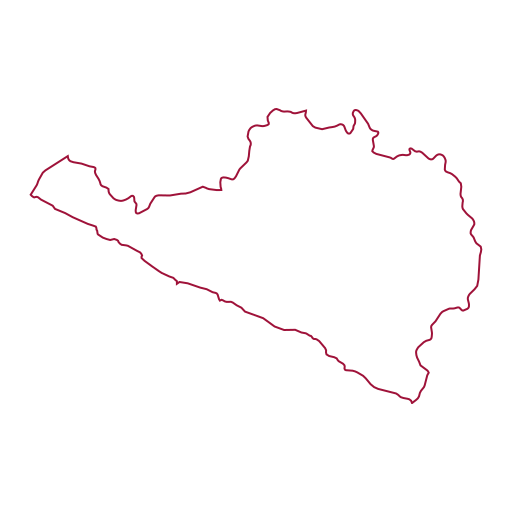 an SVG outline of Arequipa
{"feature_id": "PER-570", "entity_name": "Arequipa", "entity_type": "Department", "adm_level": 1, "iso_a3": "PER", "parent_name": "Peru", "parent_adm1": "", "projection": "mercator", "projection_center": [-72.544, -15.989], "detail": "fine", "context": "isolated", "style": "outline", "palette": "rose", "viewbox_px": 512, "rotation_deg": 0, "n_neighbors": 0, "source": "natural_earth", "source_scale": "10m", "svg_char_len": 5973}
<svg xmlns="http://www.w3.org/2000/svg" viewBox="0 0 512 512"><path d="M412.0,403.0L411.1,400.7L409.3,399.3L407.6,398.8L403.4,398.0L400.9,397.2L399.9,396.5L398.1,394.8L396.3,393.6L395.8,393.4L378.1,388.9L374.1,387.1L370.6,384.2L365.7,378.3L363.1,375.8L357.3,372.4L355.1,371.4L352.6,370.7L346.0,370.2L345.1,369.8L344.5,368.7L344.7,366.3L344.4,365.2L343.0,363.7L338.7,361.2L337.8,360.2L336.7,358.4L334.2,357.2L329.1,356.0L326.5,354.4L326.0,352.4L326.1,350.3L325.1,348.1L319.2,341.1L316.7,339.4L315.5,339.0L314.5,339.0L313.7,338.9L312.7,338.2L311.6,336.6L310.9,335.9L309.8,335.7L309.1,335.3L306.8,333.8L305.8,333.3L301.4,332.5L295.2,329.8L284.1,330.0L274.6,326.5L263.2,318.2L245.0,311.6L241.4,307.7L236.7,305.3L232.7,302.5L230.9,301.8L226.7,301.9L224.8,301.4L223.1,300.4L221.6,299.8L219.9,300.6L219.0,299.1L217.6,294.5L216.7,293.4L215.6,292.9L212.6,292.2L206.7,289.2L200.2,287.6L187.7,283.3L179.5,282.0L176.9,283.8L176.9,281.2L175.0,279.6L174.0,278.5L173.2,277.8L169.4,276.5L161.8,273.0L158.7,271.0L152.0,266.3L144.6,260.9L141.6,258.1L141.5,256.9L142.1,255.5L141.3,253.8L140.1,252.4L136.9,250.8L127.9,245.8L126.2,245.4L121.6,244.8L119.9,243.6L118.5,242.0L118.1,240.8L116.8,239.9L114.2,239.0L110.2,240.0L106.5,239.0L102.8,237.6L98.1,234.5L97.6,233.8L97.3,231.7L97.1,230.5L96.5,229.7L96.4,228.1L95.8,226.6L93.1,225.6L87.8,223.9L72.7,217.2L65.2,213.1L55.0,208.9L52.7,205.7L41.0,199.6L38.1,197.3L36.7,196.8L35.1,197.1L34.3,197.4L33.6,197.2L31.9,196.0L30.7,194.7L36.7,185.2L37.4,183.6L38.1,181.4L38.9,179.6L42.8,172.7L45.4,170.4L67.8,156.1L68.0,157.5L68.2,158.4L68.7,159.5L69.4,160.4L70.4,161.2L73.4,162.2L81.5,163.6L89.5,166.3L93.4,167.0L94.5,167.4L95.3,168.0L95.5,169.0L95.3,170.0L94.9,171.1L95.1,172.8L96.0,174.9L98.5,178.8L99.6,181.0L100.2,182.8L100.5,184.1L101.1,185.2L102.4,186.2L106.4,187.6L108.5,189.0L108.6,191.3L108.9,192.4L109.3,193.4L109.9,194.3L113.5,198.3L114.4,198.9L115.3,199.5L116.4,200.0L118.7,200.6L120.8,200.9L121.9,200.8L123.3,200.5L125.8,199.6L128.4,198.2L131.0,196.2L132.0,195.8L133.0,195.9L133.9,196.8L134.2,197.9L134.4,201.0L134.5,201.4L134.6,201.6L135.2,202.4L135.8,203.1L136.4,204.0L136.5,205.1L135.7,210.0L135.7,211.0L135.8,212.1L136.3,213.1L137.4,213.5L139.0,213.3L147.2,209.0L148.3,208.1L149.0,207.0L150.3,203.7L154.5,197.2L155.3,196.3L156.7,195.7L158.7,195.3L169.9,195.5L180.9,193.7L185.7,193.5L190.3,192.3L202.8,186.7L206.0,187.9L206.9,188.4L209.0,189.1L216.9,190.1L221.3,190.0L221.2,188.9L220.6,186.8L220.3,182.2L220.9,178.9L221.5,178.0L222.5,177.6L223.6,177.4L225.9,177.6L228.3,178.2L231.5,179.3L232.4,179.4L233.2,179.3L234.0,178.8L234.7,178.1L236.0,176.3L239.4,169.5L240.3,168.4L246.5,162.4L247.8,160.7L248.8,156.3L249.3,150.8L250.0,146.5L250.7,144.9L250.8,143.6L250.6,142.2L249.9,140.8L248.4,138.8L247.6,136.5L248.5,131.5L249.1,130.2L250.2,128.6L250.8,127.9L251.6,127.3L252.6,126.7L254.6,125.8L255.8,125.5L257.2,125.4L261.9,126.1L263.3,126.1L264.6,125.9L267.0,125.2L268.0,124.7L268.7,124.1L268.8,123.0L267.8,120.5L267.5,116.9L270.2,112.9L273.0,110.4L275.0,109.2L276.6,109.0L278.8,109.8L279.9,110.2L280.8,110.8L282.2,111.3L284.0,111.6L287.3,111.4L289.3,111.6L290.8,111.9L291.9,112.6L293.1,113.1L295.0,113.3L297.1,113.0L306.0,110.6L305.8,112.6L305.3,114.6L305.3,115.6L305.6,116.6L306.2,117.7L312.8,126.1L315.3,127.6L322.1,129.2L329.2,127.5L332.1,127.1L334.7,126.6L337.0,125.7L339.5,124.4L340.7,124.2L342.1,124.5L343.1,125.0L343.9,125.8L344.4,126.8L345.6,130.1L346.1,131.1L346.7,132.0L347.4,132.9L348.2,133.5L349.3,133.6L350.3,133.2L353.1,129.1L353.3,128.2L353.4,127.1L353.6,125.9L354.9,123.6L355.1,122.5L355.2,120.2L355.1,119.2L354.8,118.1L354.3,117.1L353.1,115.3L352.8,114.3L352.8,113.1L353.2,112.1L353.7,111.1L354.4,110.3L355.4,110.0L356.4,110.1L357.3,110.4L357.9,110.6L358.7,111.1L360.9,113.5L366.0,120.8L368.1,123.8L369.5,127.2L370.0,128.3L370.7,129.1L371.7,129.9L373.0,130.6L375.2,131.1L376.7,131.4L377.9,131.7L378.3,132.5L378.2,133.5L377.7,134.5L377.1,135.4L376.3,136.1L374.3,137.1L373.4,137.7L372.9,138.6L372.8,139.8L373.8,145.5L373.9,146.5L373.8,147.3L373.4,148.2L372.5,150.1L372.3,151.2L373.6,152.5L376.3,153.9L389.7,157.4L390.8,157.8L392.0,158.6L393.1,159.0L394.0,158.7L396.9,156.5L398.5,155.7L399.6,155.3L402.1,154.9L403.3,154.9L405.8,155.2L407.1,155.2L408.3,154.9L409.4,154.5L410.1,153.7L410.4,152.8L410.2,151.8L409.8,150.8L409.4,149.8L409.6,148.8L410.3,148.4L411.6,148.6L415.0,151.2L416.7,151.7L419.0,151.3L420.5,151.7L422.2,152.7L428.3,158.3L429.4,159.0L430.9,159.4L432.1,159.3L433.1,158.8L436.1,155.7L436.9,155.1L437.9,154.6L439.0,154.3L439.9,154.3L441.0,154.6L442.0,155.0L443.0,155.6L443.8,156.5L444.6,157.7L445.4,159.6L445.7,160.9L445.6,162.3L445.1,164.8L444.8,169.4L445.1,170.4L445.8,171.4L447.4,172.2L450.3,173.2L452.1,174.2L455.1,176.6L456.7,178.2L459.0,181.6L460.8,183.3L461.3,186.8L460.5,194.0L460.7,195.8L461.3,197.2L462.1,198.1L462.8,199.5L462.9,200.6L462.9,201.3L462.6,202.7L462.3,206.3L462.5,207.8L462.9,209.0L466.3,213.3L467.8,214.8L472.1,218.4L473.0,219.5L474.0,221.4L474.3,222.9L474.3,224.3L473.8,225.3L471.1,230.0L470.8,231.0L470.7,231.8L470.6,233.2L471.0,234.2L471.7,235.1L472.6,236.1L473.6,237.4L475.2,241.4L476.4,243.3L480.7,246.6L481.3,249.4L480.9,252.0L479.9,255.5L478.4,279.6L477.2,285.9L474.5,289.3L469.8,293.9L469.0,295.0L468.3,296.4L467.9,297.6L467.8,298.6L467.9,299.6L468.8,303.2L469.0,304.7L468.9,306.8L468.3,308.0L467.4,308.8L463.7,310.4L463.1,310.6L462.2,310.4L461.4,309.8L460.0,308.3L459.2,307.6L458.1,307.4L457.0,307.6L454.7,308.3L453.4,308.5L449.9,308.5L448.8,308.8L443.4,311.2L442.1,312.0L440.4,313.8L435.5,321.3L432.1,324.8L431.3,326.0L431.1,327.3L431.9,332.3L432.0,333.6L431.7,336.9L431.4,338.2L430.7,339.2L429.8,339.8L426.2,340.8L423.8,342.2L418.4,347.1L417.5,348.4L416.4,350.4L416.1,351.7L416.1,352.8L416.4,355.2L417.1,357.6L419.1,361.7L420.5,365.4L427.1,370.3L428.0,371.3L428.7,372.7L428.3,373.5L427.7,374.4L427.2,375.5L424.7,385.3L424.3,386.3L423.9,387.2L421.0,390.8L419.9,392.9L419.0,396.4L417.8,398.4L416.0,400.0L412.1,403.0L412.0,403.0Z" fill="none" stroke="#9f1239" stroke-width="2"/></svg>